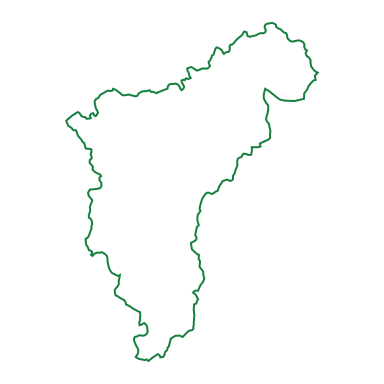 outline of Aimorés, Minas Gerais, Brazil
{"feature_id": "56859067B19214757197115", "entity_name": "Aimorés", "entity_type": "district", "adm_level": 2, "iso_a3": "BRA", "parent_name": "Brazil", "parent_adm1": "Minas Gerais", "projection": "robinson", "projection_center": [-41.221, -19.66], "detail": "fine", "context": "isolated", "style": "outline", "palette": "green", "viewbox_px": 384, "rotation_deg": 0, "n_neighbors": 0, "source": "geoboundaries", "source_scale": "gbopen_adm2", "svg_char_len": 5563}
<svg xmlns="http://www.w3.org/2000/svg" viewBox="0 0 384 384"><path d="M307.0,50.4L305.3,49.4L304.2,47.1L304.4,44.6L303.5,42.5L302.0,41.6L300.3,40.6L297.9,40.4L295.6,40.9L294.1,41.3L292.2,41.7L290.2,40.9L288.0,39.0L287.2,37.1L287.1,35.1L286.1,33.1L284.0,32.5L282.2,30.9L281.2,29.7L279.5,28.9L277.9,28.2L276.4,27.1L275.8,24.7L273.9,23.5L272.5,23.0L270.6,23.1L268.9,23.5L267.1,23.7L265.5,24.6L264.7,26.2L264.7,28.0L265.9,29.8L265.3,32.1L263.6,33.2L261.9,33.2L260.2,33.2L258.1,34.1L256.2,35.2L254.4,35.8L252.2,36.1L250.0,36.8L247.6,36.1L247.1,34.2L246.5,32.2L244.2,31.5L242.9,33.6L241.5,35.6L239.4,37.2L237.1,39.1L235.3,41.1L233.9,43.0L232.0,44.6L230.3,44.8L229.6,46.4L229.8,48.8L229.3,51.2L227.9,52.0L225.7,52.4L223.9,53.9L222.8,52.3L221.9,50.4L220.3,49.0L218.7,48.1L216.5,47.4L215.4,48.8L214.8,50.6L214.3,52.3L213.7,54.4L211.8,55.7L211.3,58.1L210.0,60.6L208.6,61.9L208.9,63.7L210.0,65.7L208.9,67.3L207.5,68.5L205.3,68.6L203.1,68.4L201.2,68.9L198.9,70.0L196.8,70.6L194.9,69.3L193.1,68.1L191.4,67.1L189.2,67.6L187.2,68.5L187.4,70.5L188.4,72.1L189.0,74.1L189.4,76.0L190.7,77.9L188.5,79.0L185.8,78.4L184.7,80.2L183.0,79.8L181.5,80.5L182.1,82.9L183.2,84.7L184.1,86.6L183.4,88.7L181.5,90.2L180.3,88.7L179.3,86.2L177.8,84.6L176.0,83.6L173.4,83.9L171.3,84.0L169.2,84.5L167.8,86.4L167.5,88.6L165.8,89.4L164.3,89.8L162.4,90.6L160.5,91.4L158.4,92.1L156.6,93.3L154.9,92.4L152.9,91.9L151.1,91.9L149.7,90.3L147.0,91.0L144.8,91.3L143.2,91.2L140.9,92.0L138.6,93.5L137.4,95.8L135.1,96.3L133.4,95.8L131.4,95.3L128.9,94.6L126.6,94.9L124.7,95.4L122.2,95.0L120.7,93.7L119.3,92.4L117.4,91.1L115.3,89.6L113.1,88.8L112.4,90.6L110.4,91.0L108.2,90.6L105.9,91.5L104.6,92.4L103.0,93.3L101.6,94.1L100.2,95.0L99.2,96.5L98.0,98.2L96.1,99.0L94.6,101.2L94.9,103.8L95.4,106.4L95.8,108.3L96.9,110.1L98.0,112.6L96.7,114.9L95.6,116.2L93.9,115.1L93.2,113.2L91.0,113.9L89.9,115.7L90.8,118.2L88.9,118.6L86.8,118.8L85.4,117.3L83.4,116.9L81.5,116.1L80.3,114.3L79.2,112.8L77.7,112.1L75.8,113.1L74.3,114.4L72.8,115.1L71.5,116.1L69.7,117.8L67.7,119.3L66.2,121.0L67.2,123.1L68.2,125.8L70.0,126.9L71.4,127.8L73.3,130.1L76.1,130.4L76.8,132.4L77.5,134.6L78.4,136.3L80.1,138.2L81.7,140.2L82.7,142.1L84.1,142.8L84.9,145.6L85.7,148.4L87.4,148.8L89.3,148.8L91.4,149.3L91.4,152.2L90.6,154.4L91.4,156.1L91.7,158.3L89.7,160.2L89.7,162.7L90.7,164.2L91.9,165.2L93.0,167.3L92.5,169.6L93.8,171.0L95.4,172.2L97.1,173.2L98.6,173.9L100.3,174.7L101.1,176.1L99.5,177.6L99.4,179.9L100.4,181.4L101.3,182.9L101.5,186.0L100.1,188.2L98.5,188.5L96.6,188.9L94.6,189.2L92.5,189.3L89.9,189.6L89.0,191.2L88.1,192.5L88.5,195.2L89.7,197.2L91.3,198.9L92.3,200.3L91.7,202.1L90.9,204.0L90.1,205.9L89.8,207.7L90.3,210.0L89.8,212.5L88.8,215.0L88.9,217.6L90.4,218.5L91.4,220.0L92.1,222.3L92.1,224.4L91.3,226.5L91.5,228.4L90.6,230.8L89.8,233.1L88.8,235.9L87.2,238.2L85.7,238.6L85.7,240.8L85.9,242.8L86.3,245.1L87.5,246.5L88.2,248.1L88.9,250.1L91.2,250.9L92.3,252.5L91.0,254.8L92.5,255.9L93.8,254.4L95.2,253.3L97.2,252.7L99.8,252.7L101.8,252.2L104.0,253.3L106.0,255.0L107.1,256.4L107.5,258.9L107.6,262.2L108.2,264.9L109.0,267.9L110.0,270.1L110.8,271.5L112.3,273.2L114.5,274.2L116.5,275.4L118.5,275.9L119.8,275.1L119.4,278.1L118.7,280.9L118.8,284.1L117.7,286.5L116.3,287.7L114.8,289.7L114.8,292.3L115.6,295.4L117.7,296.2L119.5,297.6L121.7,298.8L124.1,300.1L125.5,302.0L126.0,304.5L127.8,305.2L129.3,306.0L131.3,307.3L133.2,308.7L135.0,309.7L136.8,310.6L138.6,311.6L140.1,312.2L140.1,314.0L140.4,316.0L139.9,317.9L140.1,320.4L139.2,322.4L139.5,325.1L141.3,324.8L142.7,323.7L144.3,323.1L146.2,324.9L147.2,327.3L147.5,330.0L147.7,331.8L146.5,334.2L144.5,335.4L142.7,335.8L140.9,335.3L138.7,335.5L136.9,336.5L134.9,336.9L134.0,338.6L134.3,341.5L135.1,343.3L136.1,345.5L137.2,347.5L138.3,349.7L138.0,353.1L137.1,355.0L135.7,357.0L139.0,359.0L142.2,359.5L144.5,360.1L146.8,359.5L148.3,361.0L149.9,359.8L151.9,358.1L157.8,354.1L159.6,355.3L160.4,357.3L163.1,357.0L164.5,354.8L165.0,352.3L167.1,350.1L167.6,347.7L168.8,346.5L170.8,338.6L174.0,336.6L175.8,335.7L178.1,335.7L179.8,335.6L182.6,337.0L188.6,330.9L192.3,330.0L193.5,328.6L193.3,326.6L193.9,324.1L193.7,322.0L194.1,320.2L194.0,317.9L194.4,315.8L193.7,309.5L194.1,304.4L196.3,303.5L197.1,300.6L198.2,299.2L195.7,294.8L193.1,292.5L195.0,290.7L198.1,290.7L199.2,287.9L200.5,285.1L203.0,281.9L204.3,278.7L203.3,274.8L203.2,271.6L199.6,266.9L199.9,263.2L200.0,261.0L198.7,259.1L198.9,254.8L197.1,254.1L191.9,249.4L190.9,243.0L192.8,241.9L194.5,241.1L196.2,239.7L196.6,237.8L195.2,235.0L196.2,230.4L196.8,227.2L198.8,225.2L197.4,220.3L197.4,217.6L197.8,214.8L200.5,211.0L199.6,209.0L200.0,206.3L202.1,199.0L204.9,194.5L206.8,192.8L209.0,192.7L210.6,193.6L212.5,193.9L215.6,191.7L217.9,190.6L219.1,186.6L222.8,181.0L227.1,179.6L230.0,180.9L231.8,180.5L233.1,179.0L232.9,176.1L234.6,173.3L235.9,169.1L237.3,165.6L237.3,161.0L237.8,158.9L239.3,157.7L241.4,157.0L243.2,153.8L245.6,153.8L248.3,154.9L251.1,154.8L251.5,152.8L252.0,150.3L251.8,147.2L258.1,147.2L260.5,146.4L259.9,143.5L263.8,141.6L268.3,139.7L270.2,137.8L270.0,135.0L270.4,130.9L269.6,127.4L268.8,123.7L266.8,121.2L266.1,119.3L266.4,117.0L267.2,114.6L268.0,111.0L268.2,109.2L268.1,105.4L266.2,102.9L264.6,100.3L263.8,97.9L263.7,95.1L264.6,90.9L265.2,88.8L270.1,91.8L271.9,93.5L274.1,95.1L276.1,96.9L279.6,99.3L281.3,99.9L285.1,100.7L288.2,100.8L291.7,100.9L294.7,101.0L304.0,98.8L304.2,93.5L307.4,89.1L308.4,86.4L310.6,83.5L313.4,80.5L315.6,79.9L314.9,75.7L317.8,72.6L315.6,71.7L314.0,70.2L311.2,66.5L310.7,63.9L310.4,62.0L310.7,60.3L308.9,57.5L306.9,56.1L306.0,54.7L305.7,52.7L307.0,50.4Z" fill="none" stroke="#15803d" stroke-width="2"/></svg>